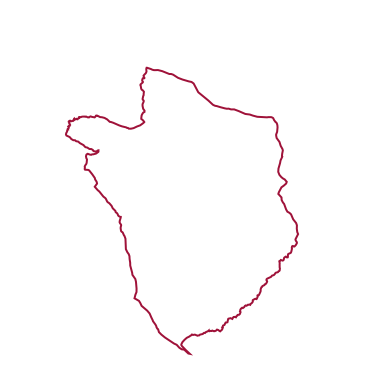 the district of Nanyumbu, Mtwara, United Republic of Tanzania, rotated 234°
{"feature_id": "72390352B85678020314776", "entity_name": "Nanyumbu", "entity_type": "district", "adm_level": 2, "iso_a3": "TZA", "parent_name": "United Republic of Tanzania", "parent_adm1": "Mtwara", "projection": "mercator", "projection_center": [38.515, -11.051], "detail": "fine", "context": "isolated", "style": "outline", "palette": "rose", "viewbox_px": 384, "rotation_deg": 234, "n_neighbors": 0, "source": "geoboundaries", "source_scale": "gbopen_adm2", "svg_char_len": 5914}
<svg xmlns="http://www.w3.org/2000/svg" viewBox="0 0 384 384"><g transform="rotate(234 192 192)"><path d="M62.4,95.1L67.6,94.1L73.3,93.3L74.4,93.4L75.0,93.8L76.2,96.1L76.8,99.0L77.0,100.9L77.1,102.1L76.6,105.1L76.7,106.5L76.4,107.4L76.7,108.2L75.7,108.9L74.9,110.5L72.5,112.0L72.4,112.5L71.8,113.5L71.9,114.7L70.8,117.2L71.0,118.4L70.9,119.1L70.3,119.6L70.5,121.0L70.0,123.0L70.1,124.1L69.8,123.9L69.1,124.3L68.8,125.2L68.0,126.2L68.0,126.9L66.5,127.9L66.5,128.2L66.0,128.7L65.7,130.3L66.0,131.3L65.8,131.5L65.0,132.1L63.2,132.6L62.7,132.9L62.9,133.9L62.8,134.3L62.9,134.9L63.1,135.7L63.9,136.5L63.9,136.9L64.1,137.2L64.8,137.0L64.9,137.6L65.7,138.6L65.4,139.9L65.5,140.5L66.0,141.1L66.6,142.5L66.1,143.2L65.8,144.1L68.0,146.6L68.1,147.0L67.2,149.1L65.6,150.0L66.3,151.5L66.4,152.2L65.8,153.2L64.8,153.9L65.4,155.0L65.3,155.9L65.6,156.2L65.7,156.7L65.0,158.1L65.2,159.1L66.3,160.7L67.2,160.6L67.5,161.1L68.2,161.7L68.8,162.9L68.9,164.6L68.6,164.9L68.2,165.0L68.2,166.6L68.7,167.7L68.7,168.7L67.9,169.3L67.9,171.1L67.4,171.6L67.1,172.5L66.5,172.8L66.7,173.2L67.0,173.5L67.0,175.2L67.5,176.7L68.7,177.5L68.8,177.9L68.5,180.1L68.3,180.6L67.5,181.1L67.5,181.6L68.7,183.6L69.7,184.0L69.9,184.4L69.3,185.2L69.4,185.8L71.1,188.8L71.6,189.4L73.0,190.4L74.1,192.1L74.0,192.6L74.5,193.7L74.1,195.9L74.5,196.5L74.3,197.9L74.6,198.7L75.3,200.1L76.1,200.4L76.6,200.3L77.3,200.7L77.6,201.1L77.7,201.9L76.9,206.0L77.3,207.6L76.7,209.3L76.8,210.3L77.4,211.9L77.4,212.6L76.7,214.1L76.7,214.7L77.0,215.4L76.8,216.2L77.0,216.8L78.5,218.2L79.5,218.6L82.3,220.6L82.8,221.1L84.6,221.9L84.7,222.1L84.4,222.4L84.8,223.9L83.3,224.9L83.1,225.4L83.1,225.9L83.4,226.5L84.5,227.7L84.7,228.4L84.6,229.9L83.2,230.4L82.9,231.1L83.6,231.8L84.6,232.5L85.2,233.2L85.2,233.8L84.8,235.6L84.8,236.4L85.4,237.3L87.4,239.6L88.1,239.8L89.2,241.0L89.1,241.8L88.6,242.2L87.9,242.4L87.7,242.9L88.0,244.6L88.5,245.8L89.0,246.8L89.7,247.3L91.8,247.4L92.9,247.9L95.6,253.1L97.7,253.6L100.7,255.2L103.4,257.3L105.7,258.0L110.4,257.8L115.7,259.0L117.8,258.6L120.0,257.6L122.6,257.9L128.2,259.5L130.1,259.4L132.8,259.8L135.0,261.2L139.7,260.7L140.8,262.2L143.2,267.1L143.2,270.1L143.5,273.1L144.5,274.6L147.6,274.4L149.6,273.5L151.7,273.0L154.5,272.8L157.6,273.6L160.1,275.7L163.6,280.2L165.5,282.2L167.5,285.8L168.1,285.8L170.0,287.5L172.2,289.9L173.4,290.4L177.3,290.9L181.1,292.2L185.9,292.2L188.1,293.2L189.1,293.9L190.6,296.2L194.0,299.2L195.8,300.3L197.1,300.8L198.0,301.0L198.8,301.0L199.5,300.7L200.7,300.7L202.1,300.7L204.0,301.1L204.9,300.8L206.1,300.0L207.8,297.6L208.3,296.6L214.5,289.0L218.1,286.1L220.7,284.3L223.8,281.0L230.1,277.3L234.0,274.7L235.8,272.2L237.8,270.7L239.0,269.0L240.4,267.7L243.7,265.0L247.0,262.5L248.1,261.4L249.5,260.6L250.3,260.2L256.4,259.0L269.0,255.7L278.8,257.1L281.3,256.3L283.4,254.4L288.6,250.4L292.6,247.8L298.0,245.7L299.6,244.6L300.8,243.0L307.2,239.0L310.6,236.2L312.9,232.9L314.2,231.8L315.7,231.0L319.0,228.6L319.2,228.3L318.4,227.3L316.1,225.9L315.3,224.5L314.9,222.3L314.6,221.2L313.7,220.8L312.3,220.6L312.1,220.4L312.1,220.1L312.9,219.0L312.2,217.9L311.3,217.1L309.9,217.0L309.6,216.6L309.3,213.7L308.9,213.1L308.4,213.1L305.4,211.6L304.3,211.5L302.9,212.0L301.3,212.0L300.2,210.9L298.7,209.7L298.3,208.9L296.3,206.7L295.7,206.5L294.3,206.6L293.5,206.0L292.1,203.6L290.7,202.6L288.0,201.4L285.7,201.4L284.7,200.6L284.9,199.2L284.3,197.6L283.6,196.3L281.5,194.3L280.9,193.9L279.3,194.4L276.8,194.6L276.6,194.5L276.4,193.0L276.4,189.2L277.3,186.1L278.0,182.3L279.1,179.8L280.4,178.1L281.5,177.8L281.9,177.2L283.0,176.7L286.3,173.9L288.6,172.3L294.4,168.9L296.4,167.5L296.8,166.9L297.9,166.5L298.9,166.4L301.4,165.8L302.0,165.3L303.2,164.9L305.4,163.1L306.6,161.7L308.8,160.6L309.1,160.1L309.8,160.0L310.2,159.1L309.8,158.3L309.6,157.1L311.7,155.1L312.7,154.5L312.9,154.0L312.9,152.4L313.5,152.0L313.8,151.4L315.1,150.8L315.5,150.4L315.6,149.8L316.3,149.3L317.6,147.3L317.8,146.3L319.0,144.8L318.9,144.4L318.1,144.1L318.4,143.4L318.1,142.2L319.0,141.7L319.0,141.0L319.4,140.6L319.4,140.3L320.4,140.1L320.1,139.7L320.3,139.4L319.6,138.9L319.8,138.6L319.5,138.1L319.7,137.8L319.5,137.4L319.9,137.0L320.0,136.3L320.4,135.7L321.4,135.3L321.6,134.4L321.5,133.7L321.2,133.5L320.7,133.7L319.8,133.1L319.6,133.3L319.1,133.0L317.9,132.8L317.8,132.4L317.5,132.1L317.9,131.3L317.8,130.8L317.5,130.7L317.6,130.3L316.4,130.1L316.0,129.4L316.1,128.7L315.3,128.4L315.5,127.8L315.3,127.3L314.4,126.6L313.6,124.9L312.7,123.9L311.6,123.6L310.7,124.0L309.2,124.9L308.0,125.4L305.8,125.5L303.7,126.4L302.6,127.8L301.2,128.1L299.6,129.6L297.5,130.0L293.7,131.8L291.5,132.0L290.7,132.3L289.5,133.4L287.1,134.3L285.9,135.8L284.3,136.5L283.7,136.3L282.7,136.6L282.0,137.3L281.2,138.0L280.9,139.2L281.0,140.1L280.7,140.8L279.6,140.0L279.5,139.7L279.5,136.9L280.5,134.3L281.2,133.3L281.3,132.4L282.1,131.5L284.2,130.1L284.3,129.8L284.3,128.6L283.2,127.2L281.5,126.4L280.1,126.2L277.5,123.9L276.8,122.9L276.3,121.3L275.7,120.2L274.6,119.6L273.7,118.7L272.9,118.6L270.9,121.0L269.9,121.5L264.6,121.7L260.5,121.6L259.0,121.0L256.6,120.9L255.4,120.5L254.6,120.1L253.4,116.4L248.9,116.8L246.9,117.3L240.4,117.6L238.0,118.3L237.0,118.3L234.4,117.8L233.4,117.8L231.5,118.5L228.1,118.8L225.4,118.3L221.8,118.9L220.5,118.4L218.9,118.9L218.2,118.9L216.5,118.5L215.7,118.5L214.0,119.3L213.7,119.7L213.2,119.3L211.3,116.8L210.2,115.7L209.1,115.4L207.4,115.4L206.8,115.2L205.4,113.6L204.7,113.0L202.2,111.7L201.3,111.7L200.3,112.1L199.7,112.1L197.0,111.5L196.0,111.5L193.3,110.7L184.6,104.9L181.2,104.3L178.9,104.3L176.9,103.7L174.4,102.1L171.1,100.4L168.8,98.8L161.8,96.1L160.0,95.1L154.9,95.0L152.3,93.9L146.5,90.4L143.7,88.3L142.2,85.9L139.8,83.0L135.1,85.1L132.5,84.9L129.5,84.3L122.4,86.0L118.6,86.3L114.6,85.4L111.2,84.8L110.5,84.5L106.1,84.5L104.3,84.2L103.5,83.8L101.7,83.6L100.9,83.9L98.1,82.9L94.7,83.4L90.2,84.6L79.9,88.4L77.4,89.8L73.5,90.2L70.8,91.2L69.1,93.0L63.5,94.1L62.4,95.1Z" fill="none" stroke="#9f1239" stroke-width="2"/></g></svg>